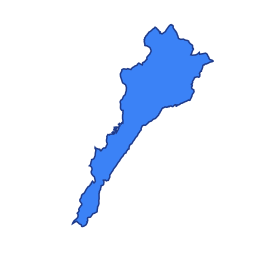 Bunila, Hunedoara, Romania (Equal Earth projection), rotated 303°
{"feature_id": "2599482B98386193513706", "entity_name": "Bunila", "entity_type": "district", "adm_level": 2, "iso_a3": "ROU", "parent_name": "Romania", "parent_adm1": "Hunedoara", "projection": "equal_earth", "projection_center": [22.627, 45.695], "detail": "fine", "context": "isolated", "style": "filled", "palette": "blue", "viewbox_px": 256, "rotation_deg": 303, "n_neighbors": 0, "source": "geoboundaries", "source_scale": "gbopen_adm2", "svg_char_len": 5962}
<svg xmlns="http://www.w3.org/2000/svg" viewBox="0 0 256 256"><g transform="rotate(303 128 128)"><path d="M210.4,160.0L212.2,159.0L212.6,158.2L214.5,158.1L215.2,158.2L215.5,158.6L216.2,158.1L216.9,158.2L219.3,157.6L220.7,157.0L221.5,156.8L222.1,157.0L222.4,157.6L223.8,157.9L224.2,158.7L226.2,160.0L227.9,160.9L229.5,162.5L230.4,163.0L230.6,162.8L230.7,161.9L230.0,159.1L230.6,157.8L231.2,157.4L232.0,155.6L232.8,154.5L233.1,153.6L233.0,152.3L228.9,148.0L230.2,146.6L228.0,146.1L226.1,144.9L224.1,142.3L223.6,140.8L225.3,140.7L227.3,140.1L229.7,139.9L229.7,139.7L230.3,139.3L230.4,139.0L230.2,138.6L232.2,137.3L232.5,136.9L232.6,134.4L233.1,132.4L233.9,131.6L233.8,130.3L233.1,128.6L232.8,127.5L232.8,126.2L231.0,123.9L230.6,121.6L232.8,119.1L232.9,118.6L234.2,117.3L234.4,116.4L235.1,115.6L235.1,114.8L235.4,114.5L235.8,113.2L236.5,111.6L236.9,111.0L237.9,110.5L238.3,110.0L238.4,109.2L238.0,108.6L238.2,107.9L237.8,107.5L237.1,107.2L235.7,106.9L230.8,106.7L229.3,106.9L225.5,105.3L225.4,105.1L225.4,104.1L224.8,103.4L225.1,102.8L225.6,102.9L226.1,102.7L225.8,102.1L226.1,101.9L226.1,101.3L226.7,100.1L226.6,99.5L226.9,99.0L226.9,98.2L227.3,97.5L227.3,95.8L225.8,95.7L225.3,95.2L221.4,94.2L219.4,93.2L218.9,93.4L218.2,93.4L217.1,93.1L216.3,93.3L215.2,92.9L213.2,93.1L212.7,92.9L211.9,93.5L211.0,93.4L210.6,94.1L209.8,94.2L209.7,94.5L209.0,94.8L208.4,95.7L207.9,95.9L207.5,96.5L206.4,97.2L206.8,98.3L207.2,99.0L207.4,102.4L207.2,102.9L205.7,105.0L204.9,105.6L201.7,106.0L200.6,105.7L197.7,105.3L197.0,105.6L195.9,106.5L195.4,106.2L192.2,105.8L192.1,105.5L190.9,104.8L190.3,104.8L189.7,105.3L188.7,105.6L188.4,104.0L188.4,102.1L188.2,101.6L186.6,101.2L186.1,101.4L185.3,101.2L183.5,99.9L182.1,99.5L181.8,99.2L181.0,98.8L178.6,98.6L178.6,98.1L177.9,96.7L177.7,95.5L176.4,94.7L175.6,92.8L175.1,92.0L174.0,91.3L173.4,91.1L172.6,91.7L169.2,92.1L167.2,93.6L164.2,97.4L163.7,97.9L163.1,98.8L162.9,99.2L163.1,100.3L162.9,100.9L163.0,102.2L162.4,103.2L161.5,104.1L161.2,104.6L158.0,106.4L156.8,106.6L154.5,107.5L152.2,106.9L149.2,107.5L148.2,107.3L147.6,106.9L146.0,107.0L145.2,107.5L144.2,108.7L141.1,110.5L140.0,111.4L139.4,113.2L140.0,114.3L138.1,115.3L137.5,115.9L136.1,116.3L133.4,118.0L132.7,118.5L131.4,119.8L129.2,121.0L129.1,120.4L129.4,120.4L129.5,120.1L129.1,119.9L127.6,120.1L127.3,119.4L127.2,118.3L126.3,118.3L125.9,118.0L125.6,118.3L125.7,119.1L125.5,120.0L124.8,120.0L124.1,119.7L123.5,120.0L122.7,120.0L122.7,120.3L122.5,120.5L118.2,120.8L118.4,120.6L119.0,120.4L118.9,120.1L119.7,119.4L119.7,118.9L120.3,118.7L120.2,118.4L120.4,118.2L121.1,118.7L121.9,118.4L122.5,118.7L123.0,118.7L122.4,117.5L121.1,116.1L120.3,117.2L119.7,117.5L119.4,116.9L118.7,117.1L119.1,118.0L119.0,118.7L118.9,118.9L118.4,118.8L117.0,119.6L116.6,119.5L116.4,119.8L116.2,119.9L115.3,119.3L115.8,119.0L116.7,118.9L116.8,117.5L115.5,117.2L115.5,118.3L115.0,118.4L114.4,118.3L113.0,116.3L112.2,116.3L111.6,114.7L111.4,114.7L109.2,114.9L108.5,115.6L106.2,116.5L105.2,117.2L104.3,118.1L104.0,118.8L103.1,119.5L101.5,119.5L99.3,120.0L98.8,119.7L98.0,118.5L96.7,118.0L94.4,117.9L94.0,117.6L94.0,116.9L94.5,116.6L94.8,115.8L94.4,115.3L94.0,114.0L93.5,111.4L93.7,111.0L93.2,111.2L92.0,113.1L89.1,114.3L87.0,115.5L83.7,116.1L83.0,115.8L81.7,114.7L81.1,115.1L79.4,115.5L77.5,116.3L76.6,116.5L75.3,116.2L75.6,117.1L75.5,117.8L75.3,118.7L74.7,119.5L73.8,120.4L71.3,120.9L70.3,121.7L69.5,123.0L68.9,124.9L68.8,126.3L65.6,129.6L64.0,129.6L63.4,129.4L64.1,127.2L62.3,127.1L61.0,127.6L60.4,127.1L59.3,127.4L58.2,127.2L56.9,126.5L53.6,126.4L50.8,126.7L49.0,126.6L48.0,126.0L46.5,125.7L44.0,126.7L42.7,126.6L41.7,126.7L40.5,127.5L39.3,130.5L37.9,131.2L37.0,130.8L36.1,130.9L33.9,130.8L32.8,131.1L32.5,131.4L32.2,132.0L31.8,132.1L30.1,132.1L29.0,131.8L28.7,131.9L28.5,132.8L27.9,133.5L26.2,134.4L25.4,134.5L24.1,134.3L20.9,133.3L18.3,133.4L17.6,133.6L20.3,134.8L21.9,135.8L21.5,136.8L21.5,137.7L21.1,139.4L21.4,141.3L21.1,141.8L20.6,142.3L20.3,142.8L20.7,143.7L22.1,144.7L24.0,145.5L26.3,145.3L26.5,145.3L26.9,144.6L28.0,144.8L28.8,144.4L30.0,143.3L30.8,143.1L31.4,143.4L32.3,144.6L32.9,145.1L37.0,145.2L38.1,146.2L40.9,147.7L42.9,146.6L44.6,145.9L45.2,145.4L46.7,145.4L48.8,144.8L51.4,142.9L52.8,142.4L57.4,139.3L58.0,139.3L59.0,138.6L60.3,138.4L61.4,138.5L62.1,138.0L64.1,137.4L64.9,136.9L65.6,137.3L65.9,137.8L66.2,138.0L67.3,138.3L69.7,137.2L70.3,136.5L70.5,135.9L70.8,135.7L72.1,137.6L71.8,138.6L73.2,139.6L73.4,140.0L76.9,139.5L78.7,138.3L81.4,138.4L82.1,138.3L84.0,138.5L85.7,138.2L89.6,138.6L93.8,138.5L96.1,138.8L97.4,138.6L99.9,138.7L102.0,139.1L103.6,138.8L105.2,139.2L106.0,139.9L107.5,139.4L109.0,139.6L110.0,139.5L110.4,139.6L110.7,140.2L111.0,140.3L112.2,139.5L114.3,138.8L116.2,139.1L116.5,139.6L117.3,139.7L119.6,139.5L121.3,139.7L123.4,139.6L125.0,139.7L125.6,140.0L126.9,140.0L129.2,139.6L130.4,139.9L131.7,139.7L133.1,140.1L134.1,139.8L134.8,139.2L137.7,138.8L139.1,139.8L139.6,140.9L140.5,141.4L143.2,142.1L144.4,142.2L144.9,142.7L145.9,143.1L146.1,143.5L146.6,143.8L149.1,144.4L150.6,145.6L151.4,145.9L155.7,146.6L156.7,146.3L158.3,146.5L159.3,146.1L160.4,146.3L162.6,146.0L163.7,146.2L164.0,146.7L165.9,147.6L166.2,148.8L166.8,149.3L167.2,150.0L168.1,150.1L168.3,151.0L168.9,151.1L169.7,151.8L170.0,152.3L170.0,153.3L170.4,154.0L172.8,154.6L173.5,155.3L173.5,155.8L172.6,156.3L172.7,156.8L173.3,157.0L174.2,156.8L174.6,157.3L174.7,157.7L175.2,158.1L175.7,158.2L176.1,158.6L177.4,158.9L178.3,159.9L179.3,160.3L179.8,160.9L180.5,161.0L182.2,162.4L184.4,163.5L184.5,163.7L184.4,164.0L184.5,164.3L185.3,164.9L186.8,164.5L188.0,164.6L188.8,164.2L189.5,164.3L190.1,163.9L191.9,163.6L193.4,163.8L194.6,163.5L194.9,163.3L195.1,162.8L195.8,162.4L195.7,161.8L195.8,161.3L195.7,160.5L195.9,160.0L196.7,159.2L197.1,158.9L197.7,159.1L198.4,158.7L199.0,158.6L199.1,158.2L199.0,157.6L199.2,157.3L200.2,157.6L201.3,157.5L202.2,156.7L204.7,156.7L206.6,156.3L207.0,156.9L207.9,157.4L208.8,158.4L209.1,159.7L209.7,160.0L210.4,160.0Z" fill="#3b82f6" stroke="#1e3a8a" stroke-width="1.5"/></g></svg>